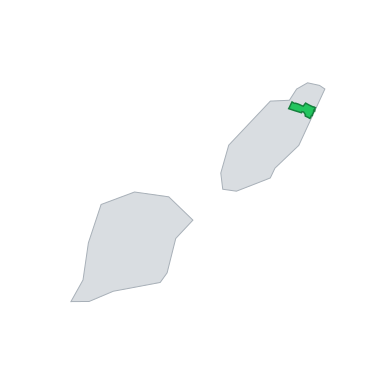 Lotofaga, Atua, Samoa (highlighted), rotated 295°
{"feature_id": "51752279B14441590630946", "entity_name": "Lotofaga", "entity_type": "district", "adm_level": 2, "iso_a3": "WSM", "parent_name": "Samoa", "parent_adm1": "Atua", "projection": "natural_earth1", "projection_center": [-171.572, -14.0], "detail": "fine", "context": "in_parent", "style": "filled", "palette": "green", "viewbox_px": 384, "rotation_deg": 295, "n_neighbors": 0, "source": "geoboundaries", "source_scale": "gbopen_adm2", "svg_char_len": 1885}
<svg xmlns="http://www.w3.org/2000/svg" viewBox="0 0 384 384"><g transform="rotate(295 192 192)"><path d="M142.3,114.9L167.7,139.9L177.8,173.0L166.9,204.7L143.0,196.9L108.2,203.6L96.6,201.4L68.7,162.5L49.3,145.0L41.5,128.6L66.2,130.4L102.1,119.6L142.3,114.9ZM341.5,268.9L279.4,269.1L248.7,257.1L237.8,257.0L211.5,231.9L207.5,218.7L221.3,210.1L250.0,205.5L307.5,224.6L316.3,241.5L329.5,243.3L339.8,250.6L342.5,262.5L341.5,268.9Z" fill="#d9dde1" stroke="#a8b0b8" stroke-width="1"/><path d="M308.5,267.8L309.3,267.9L309.6,267.9L309.7,268.0L310.0,267.9L310.6,267.9L310.9,267.9L311.3,267.9L311.5,267.9L311.7,268.0L311.8,268.1L311.9,268.3L312.0,268.4L312.1,268.7L312.3,268.7L312.5,268.7L312.8,268.5L312.9,268.4L313.0,268.3L313.4,268.3L313.7,268.3L313.9,268.3L314.1,268.4L314.4,268.4L314.5,268.4L315.3,268.4L315.8,268.3L316.0,268.3L316.3,268.3L316.5,268.2L316.5,268.3L316.8,268.3L317.0,268.5L317.3,268.6L317.5,268.7L317.4,268.6L317.4,268.4L317.3,268.5L317.3,268.3L317.5,268.3L317.7,268.2L317.8,268.2L318.0,268.2L317.9,268.4L318.0,268.5L318.1,268.3L318.2,268.5L318.3,268.5L318.3,268.4L318.7,268.3L319.0,268.3L319.1,268.2L319.5,268.2L319.8,268.1L320.1,268.0L320.4,267.9L320.5,268.0L320.6,267.6L320.5,267.4L320.5,267.2L320.4,267.1L320.5,266.9L320.5,266.5L320.6,266.4L320.4,266.2L320.3,265.7L320.3,264.3L320.3,262.8L320.3,261.3L320.6,257.4L319.9,257.2L318.8,257.0L316.7,256.5L316.6,251.3L316.5,250.5L316.4,249.6L316.3,248.8L316.2,248.3L315.9,247.8L315.7,247.5L315.6,247.1L315.9,244.6L314.1,244.5L313.7,244.5L312.5,244.5L310.3,244.5L308.4,244.4L309.1,250.5L310.1,257.7L311.3,257.7L311.3,257.8L311.3,258.0L311.5,258.4L311.7,259.0L311.6,259.3L311.5,259.8L310.7,261.0L310.4,261.4L310.3,261.5L310.1,261.8L310.0,262.0L309.9,262.2L309.7,262.2L309.5,262.3L309.3,262.3L309.1,262.4L308.9,262.4L308.7,262.6L308.7,266.1L308.5,267.2L308.5,267.8Z" fill="#22c55e" stroke="#15803d" stroke-width="1.5"/></g></svg>